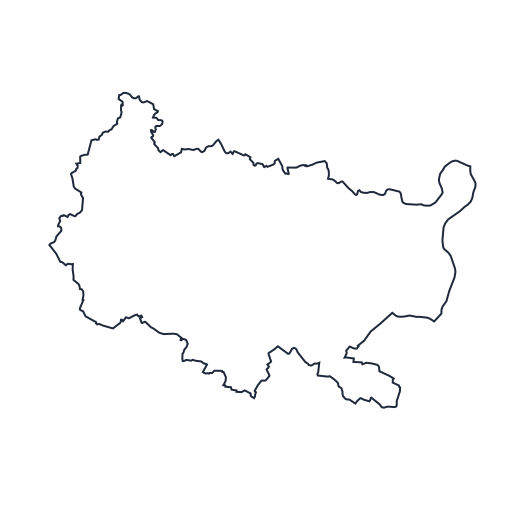 outline of Thieu Hoa, Thanh Hóa, Vietnam, rotated 9°
{"feature_id": "81297802B18173194226488", "entity_name": "Thieu Hoa", "entity_type": "district", "adm_level": 2, "iso_a3": "VNM", "parent_name": "Vietnam", "parent_adm1": "Thanh Hóa", "projection": "albers", "projection_center": [105.666, 19.898], "detail": "fine", "context": "isolated", "style": "outline", "palette": "slate", "viewbox_px": 512, "rotation_deg": 9, "n_neighbors": 0, "source": "geoboundaries", "source_scale": "gbopen_adm2", "svg_char_len": 6074}
<svg xmlns="http://www.w3.org/2000/svg" viewBox="0 0 512 512"><g transform="rotate(9 256 256)"><path d="M368.6,383.5L370.0,383.1L371.2,383.4L377.2,386.2L378.8,383.2L381.0,380.4L381.9,380.0L384.6,381.0L390.7,381.8L391.4,380.2L391.5,378.6L392.2,377.9L401.8,383.5L403.1,385.1L404.3,385.8L406.3,385.7L409.2,384.3L410.8,384.0L416.3,383.6L418.1,382.7L418.3,380.9L417.7,377.4L419.3,367.1L418.9,363.2L418.0,363.0L417.3,361.5L410.9,359.7L410.5,357.2L411.2,355.5L406.4,353.5L395.9,350.5L395.0,346.8L394.1,345.3L392.6,344.5L386.5,344.0L381.8,344.2L378.0,346.3L377.1,344.5L368.8,345.4L368.7,341.9L360.8,342.1L359.4,342.5L360.8,337.8L359.9,335.5L362.7,330.8L367.2,332.0L369.9,331.8L371.4,329.1L370.7,328.6L376.0,322.8L381.1,312.6L389.5,303.2L399.5,290.8L402.9,292.8L405.2,293.6L407.9,293.5L412.3,292.5L416.9,290.8L424.7,291.0L426.6,290.5L434.1,290.1L437.3,290.6L442.2,292.8L447.8,284.4L448.1,283.8L447.6,280.1L447.9,278.2L448.1,276.9L451.2,270.7L452.3,260.6L455.4,246.2L455.5,241.2L455.2,239.3L454.3,236.8L448.3,225.5L445.7,222.8L440.5,219.5L439.4,217.7L437.7,211.6L436.8,198.8L437.7,194.3L440.1,189.8L450.5,179.7L454.3,174.9L457.2,172.1L459.5,168.8L460.1,166.6L460.6,164.6L460.7,159.0L461.8,153.8L461.7,150.8L460.9,148.8L455.3,141.5L454.3,138.4L453.6,133.9L450.8,133.6L439.9,130.6L437.9,130.6L435.0,131.8L433.1,133.3L428.5,138.2L427.2,141.7L425.1,145.7L424.7,150.0L424.9,153.0L426.1,155.8L429.1,160.4L430.4,164.2L430.0,165.6L424.9,175.0L420.8,178.5L419.1,179.2L416.4,179.6L413.8,179.8L411.0,179.0L406.7,180.2L395.9,181.2L392.6,180.1L391.2,177.4L389.1,171.4L387.6,170.0L378.8,169.2L376.7,169.3L375.2,170.0L374.4,171.2L373.6,174.7L372.0,175.9L368.9,176.1L362.3,174.4L358.7,175.0L355.9,176.3L352.3,176.7L349.7,176.4L347.8,174.9L346.6,175.9L346.3,178.8L345.9,179.8L345.3,180.0L343.9,179.5L341.0,177.0L336.9,174.6L329.8,168.9L328.5,169.1L326.9,170.7L324.9,171.4L321.7,169.2L319.5,168.4L315.0,168.4L315.4,165.0L314.6,160.8L313.5,158.6L312.6,157.9L311.4,153.5L309.0,151.5L301.3,154.3L297.2,157.1L292.2,159.5L291.2,159.4L291.7,158.7L291.4,158.5L287.8,158.9L285.4,160.0L282.0,162.4L273.3,163.7L273.3,164.2L275.5,169.6L275.1,170.0L272.8,169.7L272.1,170.1L269.6,167.5L268.6,166.0L267.9,163.2L262.8,156.5L260.0,158.9L259.7,159.3L259.9,161.7L258.7,163.0L253.5,166.1L252.0,165.3L250.3,166.9L249.7,166.6L248.6,164.7L247.7,164.2L243.2,164.0L242.0,164.7L241.4,166.7L240.5,167.0L239.2,166.3L238.9,164.4L234.8,161.4L235.0,159.3L229.6,157.2L229.0,158.4L227.9,158.5L218.3,155.8L217.7,156.3L216.9,158.8L214.5,156.9L212.6,158.7L210.7,159.2L208.9,157.9L204.0,150.8L200.7,147.0L199.0,148.6L196.0,153.6L194.4,154.6L191.9,155.0L189.7,156.7L188.6,160.3L186.5,161.9L185.4,161.6L182.3,159.2L180.5,159.5L177.5,161.1L172.5,160.9L168.7,162.0L166.0,161.8L165.7,165.4L159.7,170.2L158.0,168.2L156.9,168.5L155.9,169.8L147.6,165.9L145.4,168.4L143.2,166.9L142.4,164.8L138.1,161.5L137.8,160.5L138.3,160.1L138.1,159.3L134.1,155.7L134.2,154.8L135.4,154.2L135.6,152.9L132.9,149.5L132.5,148.3L132.8,147.9L133.7,148.1L135.8,149.5L136.8,149.1L137.2,146.7L136.3,144.5L137.2,143.2L140.4,142.7L141.2,142.2L142.7,140.2L142.8,138.4L142.3,137.1L141.1,136.7L138.2,137.0L136.0,135.1L132.6,135.4L133.2,132.8L134.1,131.2L136.3,129.3L136.5,128.3L132.4,126.9L130.7,122.2L124.2,120.0L121.0,121.9L119.0,121.9L116.6,119.8L115.5,116.6L114.8,116.7L112.7,119.0L110.3,119.3L108.6,118.5L106.2,116.3L104.0,115.5L101.1,115.3L99.5,115.7L97.1,118.1L95.7,118.5L95.8,122.5L99.7,124.3L100.3,124.9L100.4,126.8L100.9,127.8L100.5,128.3L99.4,127.7L99.2,128.2L99.8,132.9L100.7,134.9L100.7,137.0L100.2,140.3L98.1,141.7L97.6,145.2L98.2,147.2L95.0,149.9L93.4,153.6L91.8,154.5L90.7,156.3L87.7,156.7L85.4,158.2L84.8,160.5L82.7,162.6L82.4,165.6L80.8,166.2L79.3,165.8L75.4,167.4L73.9,182.2L70.8,182.9L67.5,184.6L66.8,185.3L67.9,191.7L64.1,192.9L65.9,195.0L65.9,197.1L64.9,198.0L64.6,200.0L60.9,203.0L60.4,203.8L62.6,208.2L65.2,216.1L66.8,217.7L73.6,220.6L73.4,222.4L76.1,225.9L77.0,237.9L75.4,240.6L72.7,242.6L71.5,244.8L70.8,245.1L65.7,243.7L64.4,244.9L63.8,246.9L59.7,245.7L58.8,246.8L57.7,246.6L56.8,247.5L55.8,249.5L57.1,252.0L55.8,256.2L55.8,257.6L57.3,257.5L58.7,258.2L59.2,258.8L59.8,261.6L55.9,267.7L55.3,272.1L54.5,273.8L51.2,275.8L50.2,277.4L58.5,285.2L63.6,292.4L65.5,292.4L69.7,294.9L70.3,294.0L71.9,293.0L74.5,293.1L76.4,292.6L77.0,298.1L79.0,304.5L79.4,308.1L85.0,311.4L86.2,312.9L87.3,316.2L89.0,316.1L90.9,318.1L91.7,321.9L91.6,326.5L92.4,326.6L90.3,334.9L90.4,336.3L90.9,336.8L93.9,337.7L97.0,342.2L108.5,346.4L108.6,347.6L109.8,348.4L111.8,347.6L115.2,348.6L126.0,349.9L132.3,343.4L132.7,342.3L132.6,340.1L133.5,339.9L134.9,341.2L137.2,336.9L140.2,337.4L145.5,333.5L147.7,332.5L149.6,334.1L152.0,332.8L153.1,334.1L151.2,335.8L153.4,339.8L154.1,340.0L156.3,338.4L157.1,338.4L163.4,342.8L166.1,343.7L172.4,346.9L177.0,347.6L186.2,345.7L190.1,345.6L195.1,348.5L194.6,350.0L194.8,350.9L195.4,350.9L196.7,349.3L199.6,349.6L200.3,350.1L202.3,353.4L201.6,356.8L199.9,359.6L199.5,362.4L198.7,364.3L199.3,368.9L200.1,371.2L201.1,371.1L203.5,369.5L208.5,369.5L209.6,368.5L213.3,368.9L218.3,368.7L221.3,370.3L223.9,370.5L224.6,370.9L221.7,378.9L222.9,379.6L225.0,379.9L226.7,379.3L227.9,379.6L228.6,378.7L231.0,378.4L232.8,375.8L240.3,374.8L240.8,375.8L242.2,375.7L245.3,380.6L245.5,384.4L244.0,388.7L245.7,388.6L246.2,388.9L246.2,389.8L246.9,389.9L251.7,389.5L252.8,391.8L257.8,391.9L257.9,393.2L263.0,392.7L265.6,390.6L266.4,390.7L272.2,392.6L272.4,394.2L273.2,395.4L276.4,396.7L277.0,394.5L276.8,392.9L277.3,390.6L276.0,390.0L275.8,389.4L277.9,383.6L280.9,378.2L283.8,377.8L285.1,377.3L288.0,372.4L287.9,371.8L284.2,366.4L284.5,365.6L285.7,364.5L286.0,363.0L284.2,361.4L286.7,359.0L287.4,357.8L283.8,351.1L283.7,349.9L288.7,345.3L291.7,341.8L303.0,347.6L304.2,347.1L306.2,342.0L307.6,340.9L309.1,341.0L310.3,341.7L312.4,344.8L321.2,352.9L324.2,354.3L325.2,355.5L327.9,355.5L330.7,353.1L333.3,352.7L335.2,351.5L335.6,361.1L335.1,363.1L335.8,364.4L345.6,363.9L347.7,363.2L352.1,365.4L355.1,367.3L357.0,368.9L357.7,371.4L358.4,372.1L361.0,373.1L362.5,376.1L363.3,379.7L364.0,380.9L366.8,383.2L368.6,383.5Z" fill="none" stroke="#1e293b" stroke-width="2"/></g></svg>